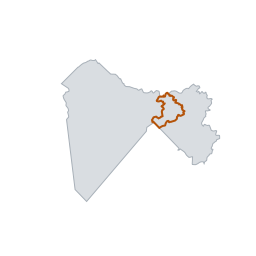 where Ségou sits in Mali, rotated 226°
{"feature_id": "MLI-2810", "entity_name": "Ségou", "entity_type": "Region", "adm_level": 1, "iso_a3": "MLI", "parent_name": "Mali", "parent_adm1": "", "projection": "robinson", "projection_center": [-5.293, 14.054], "detail": "fine", "context": "in_parent", "style": "outline", "palette": "amber", "viewbox_px": 256, "rotation_deg": 226, "n_neighbors": 0, "source": "natural_earth", "source_scale": "10m", "svg_char_len": 6097}
<svg xmlns="http://www.w3.org/2000/svg" viewBox="0 0 256 256"><g transform="rotate(226 128 128)"><path d="M57.9,184.2L57.9,183.4L57.3,182.8L57.3,182.5L57.7,180.2L57.6,179.6L57.9,178.4L57.5,177.8L57.4,177.4L56.4,175.9L56.1,174.6L55.6,173.7L54.4,173.4L54.0,174.2L53.7,174.3L53.3,173.8L53.1,173.3L53.1,172.9L51.6,170.8L51.7,169.7L52.3,169.2L52.5,168.2L52.0,167.1L52.1,166.1L52.0,164.6L51.1,163.3L50.5,162.7L50.0,161.9L50.4,159.8L49.5,158.0L51.2,158.7L52.0,158.1L52.8,157.2L53.4,156.0L53.7,154.6L53.9,153.3L54.6,151.3L55.4,150.4L57.0,149.0L57.5,149.2L60.2,152.1L61.7,153.5L62.2,154.3L62.8,154.3L63.5,152.9L64.3,151.7L64.7,151.4L67.4,151.2L68.8,151.4L70.1,151.8L71.8,151.9L76.6,151.0L76.6,150.4L76.6,149.7L76.8,149.2L77.2,148.7L77.5,148.6L77.6,150.2L78.0,150.5L79.1,150.6L114.0,150.6L115.4,142.0L112.9,138.9L103.9,47.2L120.5,47.2L123.3,49.3L176.7,89.6L177.0,90.9L177.0,92.7L177.4,93.2L178.1,93.8L181.2,95.5L181.4,95.8L181.5,96.6L181.9,97.4L182.6,97.9L183.3,98.3L184.2,98.6L187.0,98.9L187.6,99.3L188.8,100.9L189.4,101.2L193.1,102.0L194.3,102.5L195.6,103.2L196.3,103.8L196.3,106.3L196.9,108.0L196.9,108.4L196.3,109.0L196.1,109.5L195.5,110.8L195.6,111.3L196.9,112.3L197.6,112.6L198.3,112.6L206.1,110.9L206.5,134.2L206.2,134.6L206.0,138.7L205.5,141.2L204.5,143.0L203.9,145.7L203.5,146.2L203.2,147.7L202.7,148.6L201.7,149.0L199.9,150.7L199.7,152.1L195.5,151.3L195.2,151.3L195.0,151.5L195.0,152.3L184.1,152.7L178.8,153.0L175.5,156.2L173.3,156.5L170.6,156.2L169.2,156.2L168.6,156.4L168.5,156.9L164.2,155.3L162.6,155.8L162.3,155.7L162.1,155.3L161.3,155.1L160.1,155.2L159.2,155.4L156.5,157.9L155.0,158.6L152.2,160.0L150.3,161.3L149.6,161.6L148.6,161.6L147.7,161.9L146.9,164.7L146.4,165.0L143.1,163.9L142.4,164.0L141.8,164.4L140.0,166.0L139.1,167.4L138.6,169.2L138.7,170.3L138.4,170.7L137.5,170.8L136.0,170.4L135.5,170.6L135.3,171.4L135.4,173.4L135.0,174.7L134.1,175.1L133.4,175.6L132.9,175.7L132.4,175.6L129.8,173.7L128.9,173.4L127.9,173.6L127.0,174.4L125.3,176.4L125.4,177.2L125.9,178.0L126.2,179.0L126.2,180.0L123.8,181.3L124.4,182.3L124.3,184.9L123.2,186.1L122.8,186.9L121.7,187.8L120.8,188.3L117.8,189.0L116.7,189.8L116.1,190.5L116.0,191.2L116.1,192.1L116.7,193.8L116.5,195.4L116.0,197.3L115.5,198.1L114.2,199.0L114.4,200.2L114.5,202.0L114.3,204.2L113.9,205.7L113.5,205.6L112.2,205.7L110.8,206.1L110.3,206.5L110.2,207.0L109.0,208.3L108.2,208.2L107.4,207.9L107.0,207.5L107.0,207.3L107.5,206.4L107.5,206.0L107.0,204.3L107.1,203.9L106.9,202.6L105.2,203.1L105.2,203.3L105.4,204.2L105.2,204.3L104.7,204.3L103.9,204.0L103.0,203.2L102.8,203.5L102.7,204.1L102.7,204.8L102.9,206.1L102.7,206.6L101.3,206.5L100.2,206.7L99.9,207.1L99.8,207.6L100.1,208.2L100.0,208.5L99.6,208.8L99.3,208.8L98.7,208.2L96.3,207.6L96.0,206.7L95.8,206.7L95.0,205.6L94.6,205.6L94.4,205.8L93.4,205.7L92.6,206.7L91.9,207.8L91.3,208.4L90.3,208.6L90.4,207.9L90.1,206.9L88.0,205.6L87.6,205.1L87.1,202.2L87.1,201.4L87.3,200.6L87.2,200.0L87.0,199.6L86.3,199.2L85.6,199.0L84.8,199.5L84.4,199.6L84.0,199.6L83.8,199.4L83.8,199.1L84.8,197.6L85.2,196.9L86.1,196.2L86.4,195.8L86.4,195.5L86.3,195.3L85.7,195.0L84.8,194.3L84.3,194.2L83.8,193.9L83.4,192.8L83.2,192.6L82.8,192.4L82.4,192.2L82.4,189.5L81.5,187.4L80.7,184.8L80.3,184.2L79.5,183.7L78.6,183.4L77.8,183.3L76.9,183.6L76.9,183.8L77.4,184.6L77.5,185.1L77.4,185.5L77.3,185.8L76.0,186.1L74.4,187.1L73.8,188.2L73.5,188.3L72.8,188.2L68.5,186.3L66.7,187.1L65.5,188.7L65.2,189.3L64.6,189.7L64.3,189.7L64.0,189.4L62.8,187.0L62.2,186.4L61.5,186.4L60.9,186.8L60.3,187.6L59.6,188.3L59.1,188.6L58.7,188.4L56.9,186.8L56.8,186.5L57.6,184.5L57.9,184.2Z" fill="#d9dde1" stroke="#a8b0b8" stroke-width="1"/><path d="M128.7,172.4L128.4,172.5L128.5,172.5L128.5,172.8L128.3,172.9L128.2,173.0L127.9,173.3L127.6,173.4L127.4,173.6L127.3,173.8L127.1,174.2L127.0,174.5L126.8,174.7L126.7,174.8L126.5,174.7L126.4,174.8L126.1,175.0L125.9,175.4L126.0,175.5L126.2,175.8L125.4,175.8L125.2,176.3L125.0,176.6L125.4,177.0L125.6,177.6L125.8,177.8L126.0,178.0L126.2,178.3L126.3,178.6L126.3,179.2L126.4,179.7L126.4,179.8L126.2,180.5L125.9,180.8L125.6,180.9L125.4,180.8L125.2,180.6L124.9,180.6L124.6,180.6L124.2,180.7L124.0,180.8L123.8,180.8L123.8,180.7L123.0,180.8L122.8,181.0L122.6,181.0L122.4,180.4L121.8,180.6L121.2,181.4L121.0,181.8L120.6,182.0L119.4,182.1L118.2,182.4L117.9,182.1L118.0,181.4L117.6,180.9L117.5,180.5L116.5,180.0L116.3,180.0L116.0,180.2L115.3,181.2L115.0,181.9L114.7,182.0L114.1,181.4L114.1,180.8L113.8,180.6L113.5,179.8L113.3,179.7L111.8,180.7L110.3,181.5L109.9,181.5L109.6,181.3L109.3,181.7L107.3,182.0L106.8,182.6L106.3,182.3L105.9,182.2L105.7,181.5L105.6,181.0L105.3,181.0L104.8,181.2L104.7,181.1L104.4,180.3L103.8,180.0L103.4,179.8L102.7,179.9L101.6,180.1L101.2,180.3L100.9,180.3L100.8,180.0L100.9,179.4L100.9,178.7L100.7,178.5L100.2,178.5L99.6,178.3L99.1,177.7L99.1,177.2L99.5,176.8L99.6,176.1L99.6,175.8L99.9,175.1L100.1,174.5L100.5,174.0L101.1,173.8L101.9,173.7L102.2,173.6L102.5,172.8L102.4,172.6L102.0,172.3L101.9,172.0L101.9,170.9L101.3,170.2L100.7,169.6L100.6,168.9L100.7,166.9L102.2,164.0L102.5,163.3L103.3,162.3L103.5,161.7L103.8,161.6L105.0,162.0L105.2,161.8L105.5,161.4L105.7,161.0L105.7,160.3L105.5,159.7L105.2,158.3L104.7,157.6L104.1,156.6L104.3,156.0L105.2,154.7L105.5,154.1L106.1,151.9L106.3,150.6L107.2,150.6L108.5,150.6L109.2,150.6L109.9,150.6L110.6,150.6L111.2,150.6L112.4,150.6L113.9,150.6L114.0,150.6L114.0,150.4L115.5,149.9L115.6,150.5L116.6,150.6L116.9,150.7L117.1,150.8L117.4,152.1L117.9,153.8L117.6,154.4L116.9,155.7L116.3,156.3L115.5,156.2L114.1,156.7L113.7,156.7L113.4,157.7L113.1,158.5L113.1,159.0L113.2,159.4L113.0,159.7L112.9,160.4L112.5,160.8L112.5,161.1L114.0,162.1L115.6,163.2L116.2,163.6L117.1,165.0L116.8,166.5L116.9,167.0L117.7,167.3L118.4,167.4L119.8,167.2L120.2,167.2L120.4,167.6L120.2,168.2L120.0,168.4L120.0,168.8L120.2,169.3L120.0,170.2L120.0,170.8L120.2,171.3L120.8,170.9L121.0,170.9L121.4,170.9L121.9,170.8L122.0,170.9L122.2,171.1L122.6,171.5L123.5,170.9L124.2,170.7L124.7,170.7L124.9,170.2L125.7,168.6L126.8,167.7L127.3,167.5L127.6,167.6L128.0,168.6L128.3,170.1L128.8,171.2L128.8,172.2L128.8,172.3L128.7,172.4Z" fill="none" stroke="#b45309" stroke-width="2"/></g></svg>